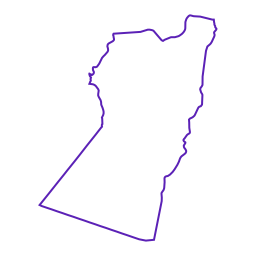 an SVG outline of Nimroz
{"feature_id": "AFG-1751", "entity_name": "Nimroz", "entity_type": "Province", "adm_level": 1, "iso_a3": "AFG", "parent_name": "Afghanistan", "parent_adm1": "", "projection": "natural_earth1", "projection_center": [62.416, 30.83], "detail": "fine", "context": "isolated", "style": "outline", "palette": "violet", "viewbox_px": 256, "rotation_deg": 0, "n_neighbors": 0, "source": "natural_earth", "source_scale": "10m", "svg_char_len": 3245}
<svg xmlns="http://www.w3.org/2000/svg" viewBox="0 0 256 256"><path d="M39.6,205.0L43.4,200.3L48.3,194.2L58.4,181.5L63.8,174.8L67.5,170.1L74.6,161.3L79.9,154.6L87.3,145.1L95.6,134.7L100.9,127.9L102.0,126.7L101.9,126.3L101.8,126.2L101.9,124.7L102.1,124.2L102.4,124.0L102.2,118.5L101.9,117.6L103.2,115.0L103.6,113.4L103.6,111.8L103.3,110.2L102.5,107.7L101.4,105.1L101.2,104.3L101.1,102.0L100.6,100.2L98.9,97.2L98.2,95.6L98.2,94.0L98.7,90.6L98.2,89.2L95.9,86.1L94.6,85.0L93.0,84.3L89.4,83.8L89.7,83.1L90.3,81.5L90.8,80.8L90.8,80.2L90.7,79.7L90.5,79.1L90.6,78.7L90.9,78.0L90.9,77.7L91.0,77.4L90.9,77.3L90.8,77.2L90.7,77.1L90.3,76.7L89.9,76.1L89.4,74.5L89.3,73.9L89.4,73.6L89.5,73.6L89.8,73.9L90.0,74.2L90.2,74.8L90.3,74.8L90.6,74.5L90.7,74.3L90.9,74.3L91.0,74.4L91.0,74.5L91.3,74.9L91.4,75.0L91.9,75.0L92.5,74.7L93.5,73.7L93.8,73.0L93.9,72.2L93.8,71.7L93.6,71.3L93.2,70.6L93.1,70.4L92.9,69.3L92.9,68.2L93.0,67.6L93.3,67.2L93.6,67.1L94.0,67.1L95.7,67.2L96.5,66.9L97.1,66.6L99.2,63.7L102.1,57.8L103.7,56.0L104.7,55.1L106.7,52.8L107.6,51.7L108.0,50.8L108.1,50.4L108.1,50.0L108.1,49.5L107.9,48.2L107.4,46.5L107.4,46.1L107.5,45.6L107.7,44.6L108.2,43.9L108.8,43.4L112.8,41.2L113.7,40.3L114.0,39.7L114.0,39.0L113.6,37.1L113.5,35.9L113.2,35.4L113.2,35.0L113.2,34.7L113.3,34.4L113.3,34.2L113.6,33.7L140.5,31.9L147.7,29.7L148.5,29.7L149.8,29.7L151.9,30.1L152.7,30.4L153.4,30.7L153.8,31.1L156.6,34.4L161.5,40.1L162.1,40.5L163.0,40.9L164.3,40.0L164.8,39.7L170.7,37.3L171.3,37.2L174.9,37.2L178.4,36.2L179.4,35.7L181.8,34.0L183.0,32.8L183.9,31.7L184.5,30.7L184.9,29.9L185.2,29.0L185.3,28.1L185.4,22.2L185.6,21.3L186.2,19.5L186.6,18.6L187.2,17.7L188.6,16.1L189.2,15.7L189.8,15.4L190.2,15.4L190.6,15.4L193.6,16.2L200.2,16.6L212.3,19.6L213.8,19.6L214.1,22.3L214.4,23.5L214.4,24.2L214.4,24.6L214.5,24.9L215.0,25.7L215.2,26.1L215.2,26.5L215.2,26.9L215.3,27.3L215.5,27.6L216.4,28.6L216.4,29.1L216.2,29.7L215.2,30.9L214.3,32.0L214.1,32.3L214.1,33.0L214.6,34.8L214.5,35.7L214.1,36.8L211.8,41.8L210.8,43.4L210.1,44.2L207.4,46.5L206.0,50.8L202.6,76.5L202.5,84.9L201.8,86.3L200.4,88.2L200.2,89.5L201.1,92.4L201.9,93.7L202.2,94.2L202.4,94.8L202.4,95.7L202.1,102.7L202.1,103.4L202.0,104.6L200.8,106.2L199.4,106.7L198.7,107.2L198.2,107.9L195.6,113.4L194.9,114.9L194.4,115.7L193.2,116.8L192.4,117.4L189.9,118.6L189.0,119.6L189.2,122.5L189.3,127.9L189.9,131.7L189.9,132.5L189.7,133.0L189.2,133.5L188.0,134.2L187.3,134.7L186.7,135.4L184.5,138.5L183.9,139.1L183.5,139.8L183.5,140.4L183.9,141.2L184.4,141.7L185.3,142.3L185.4,142.7L185.3,143.1L183.8,145.5L183.9,146.9L184.1,147.4L184.5,148.1L185.4,149.2L185.7,149.8L186.0,150.4L186.2,151.0L186.1,151.8L185.8,152.7L184.8,153.8L181.4,156.4L180.5,157.6L179.8,159.1L179.0,161.5L177.4,164.8L174.6,169.3L172.7,171.9L170.0,174.6L167.8,176.0L167.3,176.1L166.6,176.2L166.0,176.4L165.5,176.6L165.1,177.0L164.7,177.5L164.5,178.3L164.6,182.3L164.2,188.0L163.9,189.1L163.5,190.1L161.8,192.5L161.5,193.2L161.5,193.9L161.8,197.6L161.7,201.1L154.0,239.8L145.9,240.6L139.2,239.3L133.0,237.2L127.5,235.3L122.1,233.5L116.7,231.6L111.3,229.8L105.9,227.9L100.4,226.1L95.0,224.2L89.6,222.4L84.2,220.5L78.8,218.7L73.4,216.8L67.9,215.0L62.5,213.1L57.1,211.3L51.7,209.4L46.3,207.6L41.6,206.0L39.6,205.0Z" fill="none" stroke="#5b21b6" stroke-width="2"/></svg>